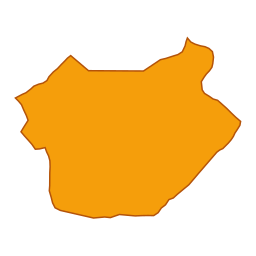 Viradouro, São Paulo, Brazil (orthographic projection)
{"feature_id": "56859067B60217010501948", "entity_name": "Viradouro", "entity_type": "district", "adm_level": 2, "iso_a3": "BRA", "parent_name": "Brazil", "parent_adm1": "São Paulo", "projection": "orthographic", "projection_center": [-48.306, -20.88], "detail": "fine", "context": "isolated", "style": "filled", "palette": "amber", "viewbox_px": 256, "rotation_deg": 0, "n_neighbors": 0, "source": "geoboundaries", "source_scale": "gbopen_adm2", "svg_char_len": 1259}
<svg xmlns="http://www.w3.org/2000/svg" viewBox="0 0 256 256"><path d="M60.3,210.4L93.5,218.0L104.7,217.0L110.4,217.6L119.4,214.5L135.2,215.9L141.9,215.6L148.1,215.5L153.7,215.6L158.1,212.7L161.3,208.0L165.5,204.8L168.9,199.6L173.3,198.0L177.2,194.4L183.1,189.5L188.8,184.8L194.1,178.6L197.9,174.1L216.8,152.2L219.7,150.0L222.8,148.6L225.6,145.8L228.3,143.1L231.2,139.7L233.4,136.4L234.9,133.1L237.1,129.8L239.9,125.3L240.6,121.4L235.8,117.3L231.4,113.1L226.7,108.4L217.6,100.3L213.1,99.0L209.4,96.4L204.5,93.4L202.2,89.9L201.3,81.7L204.0,77.3L206.3,74.1L209.5,70.7L211.9,67.3L212.8,63.5L213.5,57.1L212.4,51.6L208.9,48.4L205.0,46.7L200.3,45.8L194.9,44.1L190.8,42.0L187.4,38.0L186.1,41.6L185.1,45.9L182.3,51.8L177.9,54.6L173.6,55.9L170.5,56.9L165.9,58.4L160.4,59.7L143.5,71.0L88.5,70.7L70.7,55.6L67.5,58.1L64.9,60.9L61.3,64.5L57.5,68.6L53.3,72.0L49.0,76.7L46.9,80.6L43.0,83.1L38.6,84.2L33.8,86.2L30.8,89.0L25.9,92.8L22.4,94.3L15.4,98.0L18.4,101.0L21.5,104.7L23.7,109.9L26.3,115.4L28.1,120.3L23.5,127.6L21.0,131.8L24.6,136.1L28.4,140.3L31.9,144.3L35.3,149.2L39.6,148.9L45.1,147.6L46.6,151.8L48.6,156.0L49.9,160.8L50.1,166.7L49.8,172.9L49.7,185.7L49.3,190.8L51.2,197.3L52.6,202.9L55.1,207.8L60.3,210.4Z" fill="#f59e0b" stroke="#b45309" stroke-width="1.5"/></svg>